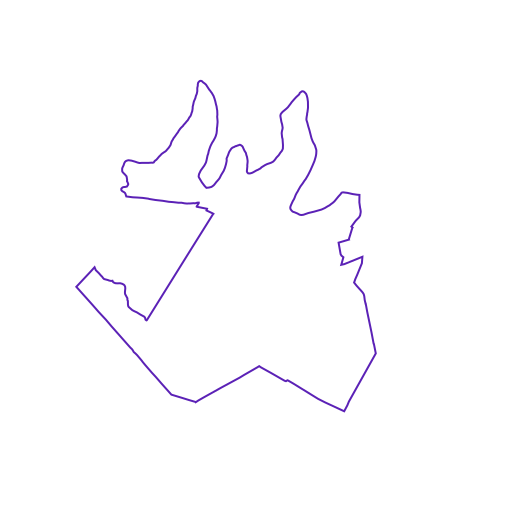 Bujoreni, Teleorman, Romania, rotated 215°
{"feature_id": "2599482B13275813753420", "entity_name": "Bujoreni", "entity_type": "district", "adm_level": 2, "iso_a3": "ROU", "parent_name": "Romania", "parent_adm1": "Teleorman", "projection": "orthographic", "projection_center": [25.677, 44.129], "detail": "fine", "context": "isolated", "style": "outline", "palette": "violet", "viewbox_px": 512, "rotation_deg": 215, "n_neighbors": 0, "source": "geoboundaries", "source_scale": "gbopen_adm2", "svg_char_len": 6122}
<svg xmlns="http://www.w3.org/2000/svg" viewBox="0 0 512 512"><g transform="rotate(215 256 256)"><path d="M102.0,244.9L109.0,251.6L109.3,251.6L117.5,259.6L132.8,274.0L138.7,279.8L138.8,279.7L141.6,282.2L144.3,285.2L145.7,286.4L146.7,286.9L148.1,287.4L156.7,289.4L160.4,290.5L161.4,294.0L162.3,298.6L165.1,310.8L168.4,316.4L179.0,300.0L181.1,297.7L183.7,305.1L186.2,305.3L187.7,306.0L196.0,314.3L189.3,322.7L189.5,322.8L193.2,334.2L193.2,334.7L194.7,334.8L194.6,340.4L194.5,342.3L193.8,346.5L193.8,347.3L194.0,349.0L195.2,351.6L195.8,352.6L197.2,354.1L198.3,355.1L202.1,359.2L206.3,365.4L208.5,364.1L212.3,362.2L217.2,360.2L221.0,358.2L221.9,357.4L222.2,356.8L222.2,355.0L222.6,352.2L223.1,345.7L223.6,343.6L224.4,341.3L224.8,339.8L225.9,337.6L227.1,334.8L229.0,331.6L233.8,325.7L237.8,321.2L240.8,317.0L242.2,315.7L243.5,315.0L244.3,314.8L246.4,314.6L249.6,313.9L250.9,313.5L251.6,313.4L253.2,313.7L254.6,314.2L255.5,315.0L255.9,315.7L256.2,316.4L256.6,318.1L257.3,321.9L257.5,324.4L257.8,325.9L258.2,327.5L258.5,328.7L258.8,330.9L258.9,333.0L259.1,334.2L259.5,338.4L259.4,342.1L259.5,345.5L259.4,347.5L259.8,352.3L260.6,357.7L261.0,359.6L261.7,363.2L262.6,367.3L263.9,371.2L264.5,372.7L265.3,374.3L266.8,376.7L267.7,377.7L271.1,380.3L272.2,380.9L273.2,381.3L275.3,382.4L278.1,384.3L284.4,389.7L287.6,392.2L290.4,394.6L292.5,396.2L293.0,396.7L293.5,397.5L294.5,399.4L295.3,401.2L296.0,402.3L296.3,403.2L298.4,407.2L299.3,408.5L301.9,412.1L304.5,414.9L306.4,416.5L307.9,417.5L309.5,417.9L310.7,418.1L311.5,418.0L312.4,417.6L312.7,417.4L313.0,416.8L313.6,415.0L313.6,414.3L313.4,413.5L313.4,412.8L314.2,409.3L314.6,406.3L315.0,402.4L315.0,400.6L315.2,396.1L315.6,394.1L316.9,389.3L317.1,387.4L317.1,386.4L316.8,385.6L316.5,384.9L315.9,384.2L312.2,380.5L310.1,378.8L307.7,376.3L307.1,375.1L306.3,373.0L305.4,371.3L302.7,368.2L301.3,367.0L297.5,362.3L295.6,359.4L295.4,358.7L295.1,356.9L295.3,354.7L295.2,351.6L295.7,348.3L295.7,346.3L295.8,344.8L296.1,343.1L296.8,341.7L297.3,340.8L299.6,337.7L300.7,335.7L302.4,331.7L302.6,330.2L303.0,329.6L303.7,328.0L304.7,326.4L306.2,323.2L306.9,321.9L308.0,320.5L308.9,319.7L309.9,319.2L311.2,319.5L312.1,320.2L314.6,324.6L315.2,325.3L316.8,328.2L317.5,329.2L319.0,330.8L320.3,332.1L321.7,333.1L323.4,334.6L326.0,335.7L329.7,337.9L330.6,338.1L332.2,338.1L332.9,337.9L333.3,337.6L333.8,336.7L334.5,335.9L335.2,334.7L335.7,334.3L336.5,332.7L337.4,331.3L337.8,329.8L337.7,326.4L337.6,325.6L337.1,323.7L336.9,323.1L336.0,319.0L335.7,318.5L335.1,317.9L334.4,316.7L333.2,313.9L332.0,310.3L331.3,307.2L331.0,302.4L330.5,299.1L330.5,297.5L330.6,296.7L330.8,294.7L330.9,294.3L331.0,292.2L331.1,290.5L331.2,289.7L331.8,287.8L332.3,286.8L333.8,285.1L335.7,283.4L338.3,283.9L341.4,284.9L342.6,285.3L347.5,287.5L348.2,287.9L348.7,288.4L349.5,290.1L349.7,290.7L350.3,294.4L350.2,300.4L350.5,303.0L350.7,304.1L351.4,306.0L353.3,310.4L353.8,312.3L355.0,315.1L356.2,319.3L356.5,320.8L356.9,323.6L357.0,326.1L357.3,328.6L357.4,329.5L357.9,331.7L358.1,332.0L358.2,332.5L358.7,333.9L360.0,336.3L361.2,338.1L362.1,339.9L364.3,343.7L365.4,345.1L367.7,347.8L368.7,349.6L371.1,352.8L372.5,354.2L374.1,355.9L375.8,357.3L378.0,359.3L380.1,361.0L382.5,362.7L385.7,364.2L387.3,364.7L388.6,365.2L389.6,365.4L395.3,367.7L397.1,367.9L399.1,367.9L400.6,368.2L401.1,368.1L402.0,367.6L402.4,367.1L402.7,366.2L402.8,365.0L402.7,364.5L402.1,363.2L401.3,362.0L400.5,360.0L399.8,359.0L398.6,357.3L397.6,355.0L397.4,354.3L397.1,352.8L396.2,350.4L395.5,347.0L395.1,345.9L394.3,344.1L393.5,342.0L392.4,340.3L391.2,337.8L390.9,336.5L390.2,334.4L390.0,333.1L389.9,332.6L390.1,331.4L389.8,328.8L389.8,327.6L390.0,326.6L390.1,324.8L390.5,321.5L390.4,320.9L391.0,317.8L391.1,316.4L391.1,314.0L390.9,312.5L391.0,311.1L391.0,307.5L391.1,304.9L390.9,303.9L390.8,301.6L390.5,300.4L390.0,298.9L389.7,298.0L389.6,296.2L389.6,294.2L389.7,293.7L389.9,291.7L390.0,290.5L390.4,289.2L390.9,288.1L391.8,285.6L392.2,282.8L392.4,282.0L392.6,279.5L392.8,277.7L393.2,276.6L393.3,276.4L393.5,275.3L393.4,274.1L393.7,273.6L394.2,273.1L395.3,272.4L397.4,270.7L403.6,266.3L404.4,265.6L405.1,265.2L406.7,264.6L409.2,263.9L412.7,262.7L415.4,261.3L416.3,260.3L417.1,259.0L417.2,258.4L417.3,257.8L417.1,256.3L416.5,254.4L416.1,251.9L415.8,250.9L415.0,249.7L414.1,248.6L413.3,248.2L410.9,247.7L410.5,247.7L407.8,247.0L407.1,246.4L405.2,244.4L404.6,243.3L403.6,242.8L402.2,241.9L401.9,241.6L401.7,241.2L401.6,240.4L401.6,239.3L401.6,238.8L402.8,237.5L403.8,236.7L404.4,236.0L404.7,235.4L404.9,234.2L404.9,233.8L404.6,233.4L404.2,232.8L403.7,232.6L402.8,232.4L400.5,232.6L399.5,232.5L398.5,232.0L397.1,230.9L396.4,230.4L390.8,233.3L386.3,236.1L382.3,238.5L377.1,241.2L376.1,241.5L370.5,244.2L363.9,247.8L358.5,250.4L354.8,252.6L350.0,255.2L347.6,256.9L344.9,258.1L343.1,259.1L340.4,261.0L337.5,263.4L336.3,264.1L335.7,264.7L334.7,266.0L333.5,266.9L333.3,266.7L333.2,266.3L333.0,262.8L332.9,262.4L332.7,262.4L323.2,266.6L322.7,264.9L315.8,266.1L315.1,266.1L315.2,265.5L313.1,224.6L308.6,140.8L308.7,140.5L309.2,140.4L310.0,140.5L311.5,141.8L312.7,142.2L317.2,141.7L321.3,141.5L323.9,141.0L326.3,140.7L330.9,141.2L331.7,141.5L332.5,142.2L333.3,143.1L334.2,144.4L334.7,145.0L335.0,145.5L335.3,145.8L335.9,146.1L336.2,146.3L337.1,147.6L340.3,149.2L341.3,149.7L342.1,150.5L342.8,151.5L344.5,154.5L345.6,155.8L346.8,156.5L347.8,156.7L349.6,156.5L351.6,155.8L354.0,154.0L355.7,153.0L357.2,152.7L357.9,152.7L358.4,152.8L359.4,153.4L360.2,152.6L360.7,152.3L362.4,151.6L363.4,151.4L367.2,150.0L368.5,150.2L370.3,150.8L371.6,151.0L374.8,151.8L379.1,152.5L381.8,154.2L382.5,148.6L385.5,127.7L362.0,122.2L353.1,120.0L342.3,117.7L334.0,115.5L306.5,108.9L304.4,108.6L303.1,108.2L301.0,107.2L298.8,107.0L296.5,106.6L289.8,104.8L287.7,104.1L284.4,103.2L274.5,100.7L268.5,99.4L260.6,97.4L245.8,93.9L235.4,97.3L228.2,99.6L221.7,101.8L221.5,101.7L220.3,104.7L217.9,109.8L208.9,128.4L199.6,147.0L197.6,151.6L191.0,165.7L190.2,167.6L188.3,167.6L186.2,167.8L176.7,168.8L161.2,170.2L160.2,170.4L159.8,170.6L159.6,170.7L159.0,172.2L158.3,172.4L152.4,172.9L123.2,174.6L115.5,175.7L94.7,179.4L95.5,186.0L96.4,190.0L102.0,244.9Z" fill="none" stroke="#5b21b6" stroke-width="2"/></g></svg>